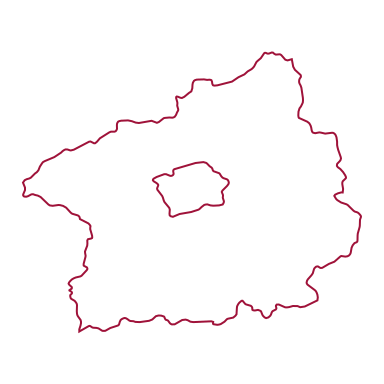 an SVG outline of Středočeský
{"feature_id": "CZE-1596", "entity_name": "Středočeský", "entity_type": "Region", "adm_level": 1, "iso_a3": "CZE", "parent_name": "Czechia", "parent_adm1": "", "projection": "mercator", "projection_center": [14.499, 50.046], "detail": "fine", "context": "isolated", "style": "outline", "palette": "rose", "viewbox_px": 384, "rotation_deg": 0, "n_neighbors": 0, "source": "natural_earth", "source_scale": "10m", "svg_char_len": 5940}
<svg xmlns="http://www.w3.org/2000/svg" viewBox="0 0 384 384"><path d="M357.6,235.5L357.5,240.2L357.3,241.5L356.7,242.2L354.5,243.1L352.7,245.3L351.6,247.7L350.7,252.8L350.3,253.8L349.7,254.7L348.8,255.6L347.4,256.3L345.3,256.6L341.2,256.0L340.2,256.6L334.4,261.7L328.9,263.9L322.3,267.8L320.9,268.0L320.1,267.8L318.1,266.5L317.2,266.4L315.9,266.8L314.5,268.2L314.0,269.1L312.8,273.3L311.5,275.2L307.8,279.4L307.0,280.8L306.6,282.6L306.8,283.6L307.6,284.7L314.8,290.1L315.8,291.1L316.6,292.5L317.4,294.7L317.8,297.4L317.4,300.4L304.8,306.5L300.2,307.2L297.6,306.1L292.9,306.0L289.1,307.1L286.9,307.4L285.1,307.3L278.8,304.5L276.7,304.6L276.0,305.5L275.9,306.2L276.4,308.2L276.2,308.9L275.8,309.5L272.7,311.1L272.2,311.6L271.7,312.5L271.0,314.5L270.3,315.7L268.4,317.4L266.1,318.1L264.6,317.4L263.0,315.8L262.4,314.8L261.0,311.3L259.9,310.6L258.0,309.9L254.9,310.5L253.2,310.3L252.4,309.8L252.2,307.5L251.7,306.6L250.8,305.8L246.0,304.4L245.2,303.9L242.6,300.8L242.0,300.7L241.3,301.0L239.3,302.7L238.1,304.3L237.1,306.3L236.9,307.8L236.5,314.3L235.4,315.8L233.2,317.6L228.0,318.7L226.9,319.2L224.5,321.7L220.7,324.1L218.9,324.6L217.2,324.8L213.4,324.2L213.1,323.9L213.0,323.3L213.2,321.9L211.3,321.3L193.4,322.1L190.4,321.7L187.7,320.2L185.6,319.6L182.2,320.0L174.7,324.3L171.8,324.4L170.6,323.8L169.9,323.2L168.1,320.7L167.5,320.3L165.7,319.7L165.0,318.7L164.4,317.1L163.9,316.5L161.1,315.6L158.5,315.5L155.9,316.2L152.3,319.5L149.1,320.8L139.7,322.1L135.4,321.9L133.4,321.2L130.4,321.0L129.4,320.6L127.4,319.1L125.8,318.2L124.6,318.0L123.4,318.3L121.6,319.2L120.6,320.1L119.8,321.8L119.0,324.6L118.0,325.5L110.3,328.0L105.3,330.8L103.6,330.9L102.3,330.8L98.5,328.4L96.5,327.9L93.1,327.7L92.2,327.4L90.3,326.1L89.6,325.9L88.7,326.1L79.3,331.5L79.3,329.3L80.5,325.6L81.0,323.2L81.0,321.7L80.6,320.0L78.0,316.4L77.4,315.3L77.0,313.8L76.8,311.2L77.0,305.1L76.7,303.7L76.0,302.5L74.6,300.8L71.2,298.8L70.6,297.9L70.2,296.0L70.3,295.1L71.7,293.7L72.0,293.0L71.9,292.4L71.5,291.8L69.4,290.5L69.4,290.2L71.7,288.6L71.9,287.9L71.7,287.0L69.3,284.8L68.6,283.7L69.0,282.6L69.9,281.4L71.8,279.5L73.6,278.4L75.7,277.5L80.4,276.4L81.6,275.7L86.8,270.1L87.4,269.0L87.3,268.2L86.9,267.4L83.8,265.7L83.6,265.1L83.7,263.6L85.5,256.8L85.6,255.6L85.1,253.0L85.0,251.5L87.2,245.7L87.4,243.6L87.3,240.4L88.0,239.2L90.9,238.6L92.0,238.1L92.2,237.6L92.2,237.0L92.1,235.7L90.2,229.1L90.3,227.0L90.5,226.1L89.8,224.9L88.4,223.4L80.0,219.1L79.5,217.0L78.8,216.1L77.8,215.4L72.4,213.8L71.5,213.3L70.4,212.3L66.2,207.7L63.1,205.9L60.0,205.1L58.4,205.0L52.7,205.8L49.8,205.4L48.4,204.5L40.6,197.0L37.8,195.6L35.2,195.0L33.0,194.2L31.3,194.4L28.0,196.2L26.3,196.7L24.6,196.6L23.8,196.3L23.2,195.5L23.2,194.4L25.0,190.1L25.0,188.7L25.0,187.6L23.0,182.6L24.7,180.2L26.7,179.2L29.2,178.5L30.8,177.7L35.0,173.5L36.8,172.2L38.4,170.3L39.9,166.6L42.1,163.2L43.0,162.1L44.8,161.1L54.3,157.1L61.1,152.6L62.6,151.1L64.4,149.9L65.7,149.4L67.5,149.5L70.2,150.4L71.0,150.4L73.8,149.7L89.1,141.7L90.5,141.5L94.1,143.3L95.2,143.2L97.0,141.7L99.9,138.3L109.4,132.3L110.9,131.7L114.5,131.7L115.7,131.2L116.7,129.7L117.0,128.8L116.9,125.3L117.0,123.9L117.4,122.8L118.1,121.7L119.3,121.1L121.3,120.7L128.0,120.4L131.9,121.2L135.7,122.6L138.9,123.0L151.6,120.8L156.9,122.8L158.9,122.0L163.7,118.2L164.9,117.9L169.5,117.5L172.3,117.7L173.6,117.4L174.8,116.7L176.1,114.8L177.0,112.5L178.0,110.7L178.2,110.1L178.2,109.2L177.2,105.7L177.4,103.2L177.3,102.2L176.1,98.0L176.2,97.0L176.8,96.5L178.1,96.8L180.2,97.7L181.9,98.0L184.3,96.8L189.0,92.9L191.3,91.4L192.3,88.3L192.5,84.7L192.9,82.7L194.0,80.8L195.1,80.1L196.9,79.6L204.0,79.4L207.1,79.9L209.5,79.7L210.7,79.9L211.4,80.2L211.7,80.9L212.0,81.6L212.3,83.8L212.9,85.1L213.3,85.4L214.7,85.6L217.5,85.3L232.0,81.6L238.5,77.2L244.4,74.4L247.7,71.4L251.6,69.1L252.9,67.9L254.1,66.5L256.4,62.1L257.5,61.0L260.8,58.2L264.2,53.2L264.9,52.8L265.9,52.9L267.4,53.6L268.8,53.6L271.8,52.5L272.9,52.6L274.4,53.9L275.8,54.6L279.6,54.3L280.4,54.5L281.3,55.1L285.3,59.7L286.5,60.1L287.6,60.4L291.8,59.2L293.2,66.7L294.9,69.8L300.6,75.0L300.9,75.9L300.9,76.9L299.7,78.7L299.2,80.0L299.1,82.0L299.5,83.5L300.6,85.5L301.4,87.8L302.9,98.0L303.0,100.4L302.8,102.5L302.2,103.9L300.9,106.5L299.5,108.4L298.5,111.6L298.3,115.3L298.5,117.0L298.9,117.9L307.3,121.7L309.3,123.3L310.6,125.6L311.2,127.5L311.7,130.4L312.2,131.8L313.1,132.7L315.2,133.2L319.3,132.4L320.8,132.6L325.2,133.6L331.7,132.8L332.9,132.8L334.0,133.3L335.3,134.5L336.0,136.0L336.5,137.4L337.1,141.7L337.1,145.1L337.5,147.2L338.2,149.9L340.7,157.0L341.0,158.4L340.5,160.1L339.8,161.1L337.2,163.8L337.0,164.6L336.9,165.9L337.8,167.2L340.3,169.0L343.1,172.1L345.2,175.3L345.9,176.9L346.0,177.9L345.5,178.6L342.8,181.2L342.5,181.9L342.3,182.7L342.3,184.1L343.1,189.0L342.7,192.5L341.3,192.4L338.0,193.3L335.1,194.7L334.3,195.9L336.1,198.9L337.3,200.1L341.1,202.5L346.5,204.3L347.7,205.0L353.5,210.7L354.8,211.6L356.9,212.2L358.1,212.8L359.2,213.8L360.7,215.6L361.0,216.8L360.0,219.7L359.8,225.8L359.6,227.1L357.8,233.5L357.6,235.5ZM213.3,205.7L219.1,205.4L222.7,204.5L223.7,202.7L223.9,201.5L223.8,200.9L222.8,197.8L223.0,195.6L222.9,194.8L221.8,192.1L221.8,191.7L222.5,190.5L227.0,186.0L228.3,184.3L228.7,183.3L228.8,182.5L228.5,181.3L227.9,180.1L226.9,179.3L223.6,178.2L222.5,177.6L221.3,176.3L219.7,173.7L219.1,173.2L213.5,171.2L212.8,170.2L212.3,168.6L211.6,167.6L209.6,166.2L207.0,163.5L206.2,162.9L203.4,162.1L195.5,163.0L174.3,169.2L173.7,169.7L173.3,170.4L173.2,171.2L173.6,173.8L173.4,174.5L172.8,175.2L171.9,175.7L170.9,175.9L170.1,175.8L166.1,174.2L164.2,174.2L156.6,177.0L153.6,178.7L153.0,179.5L152.9,180.3L153.7,181.3L156.6,183.1L158.0,184.4L158.2,184.9L158.2,185.5L157.1,188.3L157.3,189.6L162.2,196.0L162.9,197.6L163.8,200.6L164.5,202.1L169.2,207.8L169.8,209.6L169.5,213.8L169.7,215.3L170.6,216.2L172.9,216.8L179.6,214.0L191.2,212.0L198.4,209.7L199.4,209.1L201.7,206.9L204.3,204.9L205.9,204.5L207.4,204.4L210.5,205.4L213.3,205.7Z" fill="none" stroke="#9f1239" stroke-width="2"/></svg>